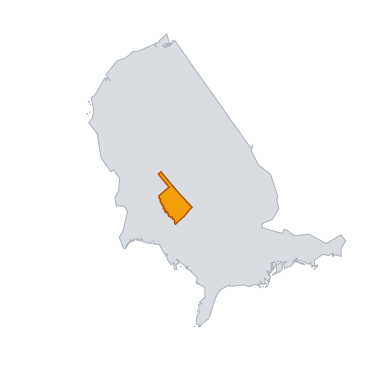 where Oklahoma sits in United States of America, rotated 48°
{"feature_id": "USA-3533", "entity_name": "Oklahoma", "entity_type": "State", "adm_level": 1, "iso_a3": "USA", "parent_name": "United States of America", "parent_adm1": "", "projection": "albers", "projection_center": [-97.37, 35.324], "detail": "fine", "context": "in_parent", "style": "filled", "palette": "amber", "viewbox_px": 384, "rotation_deg": 48, "n_neighbors": 0, "source": "natural_earth", "source_scale": "10m", "svg_char_len": 7321}
<svg xmlns="http://www.w3.org/2000/svg" viewBox="0 0 384 384"><g transform="rotate(48 192 192)"><path d="M301.6,133.3L320.0,126.8L323.6,110.1L331.1,110.5L333.9,119.5L339.7,124.2L333.2,128.5L333.3,130.3L331.6,128.5L330.8,132.6L325.9,136.7L324.5,146.8L328.7,149.8L330.7,148.7L329.7,147.1L330.6,147.7L331.3,149.6L325.4,152.6L323.7,150.8L323.8,153.8L316.7,156.3L312.1,161.3L312.2,159.1L311.4,157.9L311.0,163.2L312.8,163.7L313.2,168.0L310.7,174.3L306.0,171.8L307.6,167.9L305.4,170.9L307.3,174.4L309.4,176.2L310.3,178.5L307.4,188.4L307.6,182.5L302.8,178.2L304.1,172.1L300.8,174.6L303.7,182.4L299.6,180.7L298.5,181.2L299.1,178.5L298.9,177.7L298.0,179.9L298.3,181.7L304.4,183.7L303.5,185.4L300.5,183.1L299.5,182.8L303.2,185.5L304.7,185.9L304.3,188.2L302.3,186.9L305.6,189.5L305.0,190.0L303.4,188.7L299.9,188.7L304.7,190.8L307.4,190.1L311.6,197.1L308.0,191.8L309.6,195.4L304.3,195.7L308.7,198.6L310.3,197.2L308.7,201.0L303.6,200.9L307.0,202.0L304.7,204.3L308.0,204.9L302.7,206.8L300.8,212.9L295.9,215.4L287.5,227.1L286.0,226.2L283.7,236.0L283.7,238.4L286.4,245.1L297.3,264.4L296.5,275.7L292.6,277.0L287.8,271.8L286.3,267.1L279.9,262.3L281.5,259.5L278.8,260.1L278.9,252.7L271.5,246.4L261.8,249.4L259.6,245.4L249.9,246.1L250.9,244.4L249.4,246.1L245.0,247.3L244.7,244.1L244.2,246.5L230.9,248.2L236.7,249.4L234.9,252.5L239.5,255.1L237.4,256.8L232.3,253.3L232.2,256.3L225.5,255.5L221.5,251.9L219.4,254.0L209.6,251.4L204.0,255.8L205.5,254.6L202.4,253.6L200.9,258.8L195.0,262.2L196.4,261.2L192.5,260.7L193.9,262.4L189.3,264.7L187.5,270.4L185.4,269.4L187.2,271.0L187.5,276.2L189.4,279.4L188.0,280.5L176.9,276.4L174.5,268.7L163.3,253.0L157.5,251.8L151.5,257.6L144.7,253.1L142.1,245.8L133.6,236.7L123.1,235.6L122.7,238.8L105.8,236.7L85.6,223.6L71.3,222.2L70.4,216.5L65.5,210.3L54.3,203.7L55.1,199.9L49.1,180.9L49.8,179.2L51.3,181.9L50.9,178.0L55.2,178.7L47.2,177.2L44.3,159.9L47.9,152.1L48.1,142.3L51.7,137.0L57.1,120.3L60.7,121.8L56.8,119.8L59.2,115.6L57.7,115.2L57.7,105.1L66.3,109.1L63.3,113.7L67.0,110.9L65.8,115.0L63.3,115.4L64.8,116.0L66.9,114.7L68.6,110.6L67.7,103.5L198.5,118.9L198.5,116.3L201.2,120.5L216.3,124.5L231.3,121.7L253.2,131.4L254.5,134.4L262.3,138.4L266.2,150.3L262.5,161.0L265.4,163.8L283.0,152.9L281.5,148.5L283.0,147.4L293.2,145.0L301.6,133.3ZM319.4,157.8L322.4,156.5L312.1,162.2L320.3,156.4L319.4,157.8ZM67.4,107.7L67.9,110.6L67.8,111.0L66.6,108.6L67.4,107.7ZM189.2,278.5L187.8,273.9L187.9,271.3L188.1,274.0L189.2,278.5ZM334.0,128.6L334.4,130.0L333.8,129.9L334.0,128.6ZM221.7,253.2L222.0,254.3L220.9,253.5L221.7,253.2ZM58.0,209.0L59.5,208.7L59.6,208.9L58.0,209.0ZM56.6,208.2L55.9,208.9L55.6,208.1L56.6,208.2ZM328.3,152.1L327.7,153.2L327.4,153.0L328.3,152.1ZM188.7,268.9L187.9,271.0L189.9,266.9L188.7,268.9ZM294.0,258.0L296.1,261.8L293.7,257.7L294.0,258.0ZM64.4,214.0L64.8,215.2L64.3,214.0L64.4,214.0ZM297.2,276.2L296.2,277.7L297.8,274.6L297.2,276.2ZM312.6,199.5L311.7,201.4L311.9,197.4L312.6,199.5ZM66.7,105.2L66.5,106.0L66.1,105.5L66.7,105.2ZM193.9,263.3L191.8,264.2L194.0,263.0L193.9,263.3ZM331.3,151.6L331.5,152.6L330.6,152.7L331.3,151.6ZM63.8,217.0L64.0,218.5L63.5,217.1L63.8,217.0ZM191.3,265.0L190.4,265.6L191.2,264.7L191.3,265.0ZM310.1,180.3L309.3,182.8L310.1,179.5L310.1,180.3ZM203.4,256.7L202.1,257.6L204.0,256.1L203.4,256.7ZM284.1,237.1L284.1,238.8L283.8,237.7L284.1,237.1ZM308.5,205.1L308.1,205.5L309.2,203.9L308.5,205.1ZM265.3,248.6L263.8,249.7L263.1,249.6L265.3,248.6ZM244.4,247.1L244.1,247.4L243.1,247.4L244.4,247.1ZM284.5,267.5L284.9,268.7L284.2,267.3L284.5,267.5ZM240.3,249.9L240.1,251.0L239.9,249.0L240.3,249.9ZM293.8,279.7L292.9,280.0L294.2,279.4L293.8,279.7ZM313.1,168.8L312.7,170.0L313.1,168.3L313.1,168.8ZM310.7,201.9L310.3,202.4L310.1,202.4L310.7,201.9Z" fill="#d9dde1" stroke="#a8b0b8" stroke-width="1"/><path d="M156.1,205.0L156.2,204.1L156.2,203.3L156.2,202.4L156.3,201.5L157.0,201.6L157.7,201.6L158.4,201.6L159.1,201.7L159.8,201.7L160.5,201.7L161.2,201.8L161.7,201.8L163.1,201.9L164.4,201.9L165.7,202.0L167.0,202.0L168.3,202.1L169.6,202.1L170.9,202.2L172.2,202.2L173.5,202.2L174.8,202.3L176.1,202.3L177.4,202.3L178.7,202.3L180.0,202.4L181.3,202.4L182.6,202.4L183.9,202.4L185.2,202.4L186.5,202.4L187.8,202.4L189.1,202.4L190.4,202.4L191.7,202.4L193.0,202.4L194.3,202.4L195.6,202.4L196.9,202.3L198.2,202.3L199.5,202.3L200.8,202.3L202.1,202.2L203.4,202.2L203.5,203.1L203.5,204.0L203.5,204.8L203.5,205.7L203.7,206.7L203.8,207.7L204.0,208.6L204.1,209.6L204.3,210.6L204.5,211.6L204.6,212.6L204.8,213.5L204.8,215.1L204.8,216.6L204.8,218.1L204.8,219.7L204.8,221.2L204.8,222.7L204.9,224.2L204.9,225.8L204.7,225.8L204.6,225.7L204.6,225.8L204.3,225.7L204.2,225.6L204.3,225.6L204.1,225.6L203.9,225.5L203.7,225.5L203.5,225.4L203.4,225.4L203.3,225.2L203.2,225.2L202.6,225.1L202.4,224.9L202.3,224.7L202.2,224.7L202.0,224.4L201.9,224.3L201.7,224.3L201.3,224.1L201.2,224.0L201.0,223.9L200.9,223.8L200.5,223.7L200.4,223.7L200.3,223.8L200.3,224.0L200.2,224.1L199.9,224.2L199.8,224.3L199.7,224.3L199.2,224.3L198.9,224.3L198.9,224.2L198.7,224.2L198.5,223.9L198.4,223.8L198.2,223.8L198.2,224.0L198.0,223.9L198.0,224.0L197.9,224.0L197.7,224.1L197.3,224.2L197.3,224.4L197.2,224.5L197.2,224.4L197.0,224.5L196.9,224.5L196.4,224.3L196.4,224.2L196.3,224.3L196.2,224.3L195.9,224.5L195.7,224.6L195.4,224.6L195.2,224.7L195.1,224.8L195.0,225.0L194.9,225.1L194.7,225.2L194.4,225.1L194.2,225.2L194.2,225.3L194.2,225.5L193.9,225.4L193.7,225.2L193.1,225.0L193.0,224.9L192.9,224.8L192.8,224.7L192.6,224.7L192.4,224.5L192.4,224.4L192.5,224.4L192.5,224.2L192.3,224.1L192.2,224.1L192.0,224.4L192.0,224.5L191.9,224.5L191.7,224.6L191.4,224.5L191.3,224.4L191.1,224.4L190.9,224.3L190.8,224.2L190.8,223.9L190.7,223.9L190.3,223.9L190.2,223.9L190.2,224.0L190.1,224.4L190.0,224.5L189.9,224.6L189.7,224.5L189.8,224.7L189.8,224.8L189.7,224.9L189.6,225.0L189.6,225.3L189.5,225.5L189.3,225.5L189.1,225.4L189.0,225.2L188.9,225.0L188.9,224.9L188.9,224.7L189.1,224.6L189.1,224.4L189.0,224.2L188.9,224.2L188.7,224.2L188.7,224.3L188.6,224.5L188.4,224.4L188.2,224.5L187.9,224.7L187.6,224.8L187.5,224.7L187.4,224.5L187.4,224.4L187.3,224.2L187.2,224.2L186.8,224.2L186.7,224.2L186.6,223.8L186.6,223.7L186.4,223.6L186.1,223.7L185.9,223.8L185.4,224.3L185.2,224.5L184.9,224.5L184.7,224.4L184.5,224.2L184.6,223.9L184.6,223.7L184.3,223.5L184.0,223.4L183.8,223.3L183.8,223.1L183.7,222.9L183.7,222.7L183.8,222.5L183.7,222.5L183.2,222.6L182.3,222.5L182.1,222.5L182.0,222.8L181.9,222.9L181.7,223.0L181.4,223.0L181.3,222.9L181.1,222.7L180.9,222.4L180.7,222.3L180.1,222.5L179.3,222.3L179.2,222.3L178.7,222.0L178.6,221.9L178.5,222.0L178.4,222.0L178.2,222.0L178.0,221.9L177.8,221.9L177.6,221.9L177.4,221.9L177.3,221.7L177.3,221.3L177.3,221.2L177.1,220.9L177.0,220.6L176.9,220.5L176.7,220.5L176.6,220.4L176.5,220.2L176.4,220.2L176.2,220.2L176.2,220.6L175.9,220.7L175.6,220.5L175.3,220.5L175.2,220.5L174.6,220.6L174.3,220.3L173.4,219.4L173.2,219.3L173.1,219.2L172.8,219.3L172.7,219.3L172.7,219.2L172.7,218.9L172.7,218.1L172.8,217.3L172.8,216.5L172.8,215.7L172.8,214.9L172.8,214.1L172.9,213.3L172.9,212.5L172.9,211.7L172.9,210.9L172.9,210.1L173.0,209.3L173.0,208.5L173.0,207.7L173.0,206.9L173.0,206.1L173.1,205.7L172.7,205.7L172.0,205.7L171.2,205.7L170.1,205.6L168.8,205.6L167.4,205.6L165.9,205.5L164.4,205.4L162.8,205.4L161.3,205.3L159.9,205.2L158.7,205.2L157.6,205.1L156.8,205.1L156.3,205.0L156.1,205.0Z" fill="#f59e0b" stroke="#b45309" stroke-width="1.5"/></g></svg>